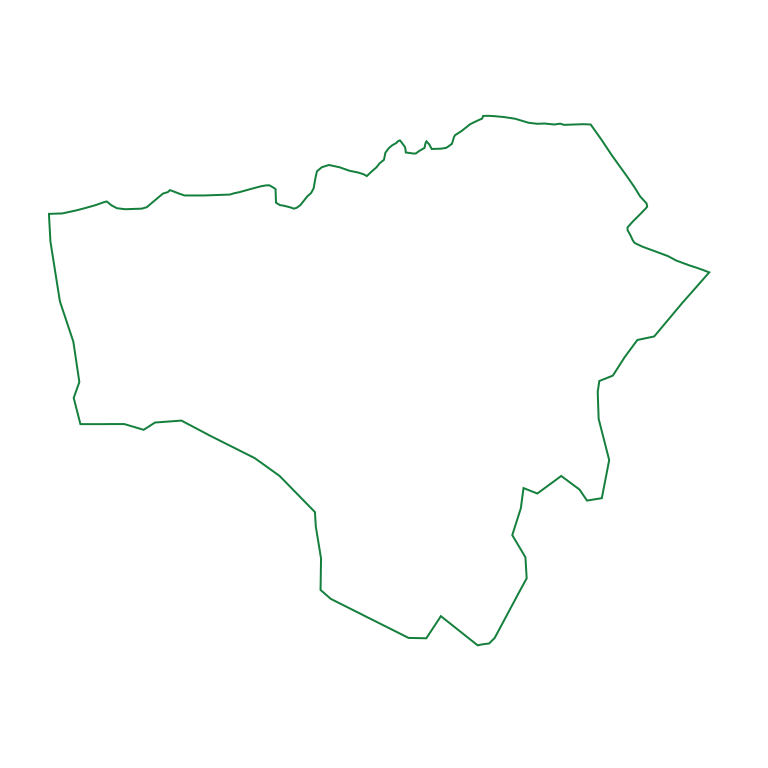 Al-Hai, Wasit, Iraq, rotated 178°
{"feature_id": "34846034B47380320671203", "entity_name": "Al-Hai", "entity_type": "district", "adm_level": 2, "iso_a3": "IRQ", "parent_name": "Iraq", "parent_adm1": "Wasit", "projection": "mercator", "projection_center": [45.957, 32.179], "detail": "fine", "context": "isolated", "style": "outline", "palette": "green", "viewbox_px": 768, "rotation_deg": 178, "n_neighbors": 0, "source": "geoboundaries", "source_scale": "gbopen_adm2", "svg_char_len": 2294}
<svg xmlns="http://www.w3.org/2000/svg" viewBox="0 0 768 768"><g transform="rotate(178 384 384)"><path d="M168.4,636.1L175.6,636.7L178.9,636.7L185.0,636.7L188.8,636.7L194.9,636.7L198.8,638.0L204.9,637.4L214.3,638.7L221.5,638.7L230.3,640.0L243.6,644.5L254.1,646.5L264.0,647.8L270.6,648.4L275.6,648.4L276.7,645.8L280.0,644.5L284.5,642.6L288.9,640.6L297.7,634.1L299.7,632.9L304.3,630.2L305.5,628.2L307.7,621.7L311.5,619.1L313.7,617.8L318.7,617.2L323.7,617.2L328.1,617.2L330.3,621.7L333.1,625.0L334.2,623.0L335.3,618.5L340.3,615.9L344.1,613.3L346.9,613.3L349.7,613.9L354.1,614.6L354.6,619.8L358.5,625.6L359.6,626.9L361.3,626.3L363.5,624.3L367.3,622.4L370.7,619.8L374.5,615.2L376.2,608.1L380.6,604.8L383.9,600.9L389.5,596.3L393.9,592.4L397.2,594.4L402.7,596.3L411.0,598.3L421.0,602.2L431.5,604.8L438.6,602.8L443.6,598.9L445.3,592.4L447.5,582.0L450.2,577.4L454.1,574.2L461.3,565.7L465.2,563.1L467.9,562.4L471.2,563.7L477.9,565.7L481.7,566.4L485.6,569.0L485.6,574.8L485.6,582.6L488.4,584.6L491.7,586.6L495.0,586.6L500.0,585.9L508.8,583.9L522.1,580.7L526.5,580.0L531.5,578.7L534.2,578.7L540.3,578.7L546.4,578.7L557.5,578.7L576.8,579.4L581.8,581.3L588.8,584.3L591.2,585.2L593.4,583.3L598.3,582.0L608.3,574.2L614.9,569.0L619.9,567.7L627.1,567.7L636.5,567.7L644.8,569.0L650.3,572.2L654.7,576.1L657.5,575.5L665.8,572.9L676.3,570.3L685.1,568.3L699.5,565.7L708.9,565.7L712.9,565.7L712.9,563.9L712.4,538.0L705.0,477.8L693.0,437.2L688.4,396.6L694.6,380.9L688.8,354.5L644.9,353.0L625.8,346.6L614.2,353.5L587.7,354.5L559.5,338.3L515.6,314.3L491.5,295.7L457.5,258.4L457.1,243.7L453.0,211.8L454.6,180.4L444.7,171.1L368.4,129.4L350.6,128.4L337.5,146.8L335.3,150.0L299.6,119.6L293.8,120.5L288.0,121.0L282.2,126.4L255.6,172.3L248.2,184.8L248.7,205.9L261.1,228.5L251.6,255.0L248.2,275.1L234.6,269.2L210.1,285.9L192.3,271.7L185.2,260.4L170.3,262.3L161.6,300.1L170.7,341.7L170.7,368.7L168.7,379.5L155.0,384.4L142.5,402.5L129.3,419.1L127.2,419.5L112.3,422.1L82.0,455.8L82.4,455.3L55.1,484.2L61.2,486.8L67.8,489.4L75.0,492.0L87.7,497.2L95.5,501.8L120.9,512.2L128.6,516.2L130.3,518.8L132.5,524.0L135.2,529.2L135.2,531.8L134.1,533.1L129.7,537.7L122.0,544.8L116.5,550.1L114.8,552.0L115.3,555.3L121.4,562.4L127.0,572.2L134.1,583.3L148.0,604.1L158.5,621.1L168.4,636.1Z" fill="none" stroke="#15803d" stroke-width="2"/></g></svg>